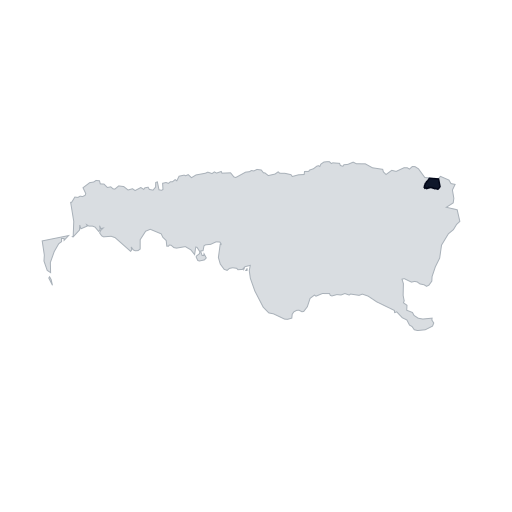 Susques, Jujuy, Argentina shown in context, rotated 79°
{"feature_id": "61730980B41665984357705", "entity_name": "Susques", "entity_type": "district", "adm_level": 2, "iso_a3": "ARG", "parent_name": "Argentina", "parent_adm1": "Jujuy", "projection": "robinson", "projection_center": [-66.504, -23.606], "detail": "fine", "context": "in_parent", "style": "filled", "palette": "ink", "viewbox_px": 512, "rotation_deg": 79, "n_neighbors": 0, "source": "geoboundaries", "source_scale": "gbopen_adm2", "svg_char_len": 5331}
<svg xmlns="http://www.w3.org/2000/svg" viewBox="0 0 512 512"><g transform="rotate(79 256 256)"><path d="M316.7,153.7L313.7,158.9L314.3,162.3L311.4,170.4L312.1,172.0L309.8,175.9L310.5,180.0L309.3,184.0L309.7,189.1L308.8,190.6L306.9,191.0L305.5,198.0L306.9,204.8L305.5,206.1L307.9,211.0L315.6,215.3L319.5,219.7L319.5,221.5L317.4,224.2L317.1,226.5L318.1,229.6L320.1,231.6L323.8,232.7L324.2,237.1L323.4,240.0L316.1,249.9L314.3,254.3L307.6,258.7L290.2,263.8L276.8,265.8L269.1,265.4L264.1,263.4L264.4,269.0L266.9,270.6L265.6,270.7L266.6,271.8L266.0,276.4L264.4,277.3L263.1,281.1L263.1,284.4L264.6,287.1L263.0,289.8L257.1,292.6L250.3,293.2L237.6,288.9L238.1,288.1L237.5,287.9L235.4,288.8L234.5,292.5L235.9,298.3L235.4,303.4L236.1,305.1L240.7,307.0L240.4,309.1L241.9,309.3L245.2,308.8L245.6,307.2L243.9,306.6L248.4,305.2L250.0,307.4L250.1,312.6L249.3,314.0L245.8,314.9L244.8,314.7L242.9,311.0L241.2,310.3L236.3,312.2L235.7,313.4L242.9,316.0L237.5,318.8L233.3,323.6L233.1,332.5L232.1,335.0L229.2,337.3L228.7,339.0L229.7,340.0L229.3,341.7L223.7,341.2L219.8,343.9L216.2,344.8L209.6,354.7L210.6,359.6L217.9,366.6L227.1,368.4L228.2,370.8L227.8,373.6L226.7,375.2L223.3,376.8L226.2,376.8L227.5,378.2L211.1,390.8L209.0,394.4L208.1,402.0L206.8,403.6L203.5,405.1L201.2,403.5L199.4,400.7L199.5,403.0L196.4,403.8L200.1,403.9L201.9,405.7L196.9,408.5L195.4,410.9L194.8,414.3L192.9,416.3L194.4,415.9L195.9,422.7L192.0,423.1L196.8,424.3L202.4,431.9L202.0,432.5L201.8,431.7L187.3,428.3L168.0,427.7L168.1,426.7L163.6,422.6L164.5,419.6L163.7,417.2L164.6,414.9L163.8,412.1L162.2,411.2L156.0,412.8L152.3,405.3L152.4,401.2L151.3,398.6L152.3,395.3L155.5,395.1L156.4,391.5L160.4,388.8L160.4,385.4L162.8,383.5L163.4,381.8L161.0,377.4L162.6,372.6L166.8,369.0L166.4,364.4L168.7,362.2L166.8,356.0L169.2,353.5L167.9,352.1L167.9,348.8L170.3,348.0L171.7,344.5L169.2,341.4L164.7,340.4L164.4,338.7L172.5,338.6L173.5,336.1L172.9,334.6L166.8,333.8L166.7,330.3L168.0,328.1L166.8,325.9L167.2,323.8L165.6,320.8L167.1,319.4L163.0,316.3L162.9,311.1L163.8,309.8L163.2,307.0L166.8,304.4L165.0,299.4L165.1,289.9L164.5,287.3L166.7,283.4L165.5,280.8L167.1,278.9L166.4,274.0L168.2,273.6L169.5,265.1L174.2,262.6L175.1,260.9L171.7,250.2L172.0,246.1L171.2,244.3L172.1,241.9L171.2,238.5L172.6,234.4L175.8,232.8L176.1,231.4L179.4,228.6L179.2,221.7L177.6,218.2L179.3,216.9L180.4,211.7L182.8,206.2L184.9,205.2L184.4,198.9L185.2,193.2L182.3,192.2L183.0,188.1L181.9,187.1L181.3,182.9L179.4,179.1L179.3,177.4L180.3,176.3L178.2,174.8L176.7,171.4L177.0,168.1L177.4,166.0L179.6,164.4L179.2,162.8L181.0,156.3L183.3,155.9L184.5,153.6L183.2,152.3L183.6,148.4L182.4,142.7L184.6,139.9L186.4,131.1L191.6,124.9L195.1,115.1L197.8,114.9L200.8,112.8L197.8,106.4L199.7,102.3L197.6,93.8L198.3,90.6L200.0,88.8L198.0,85.5L198.6,82.9L201.4,79.9L211.2,75.3L215.0,62.1L213.0,59.8L218.3,52.1L222.1,50.8L223.7,46.9L228.7,50.6L237.2,50.8L241.5,52.3L244.5,59.9L249.0,49.7L260.9,49.3L263.3,53.1L267.8,57.2L270.9,62.9L280.7,71.8L293.1,76.1L300.8,82.0L309.8,87.1L314.2,88.2L317.6,91.8L318.3,94.4L316.3,96.5L314.7,100.4L312.2,102.7L311.2,105.2L311.3,108.4L306.5,114.8L306.6,117.1L311.3,116.6L322.8,119.1L328.3,119.1L330.1,120.2L333.2,117.2L338.0,118.4L341.3,113.2L344.5,112.2L348.0,108.7L349.7,104.3L350.6,95.0L352.5,95.6L355.7,94.3L358.5,96.1L360.7,104.0L360.0,111.6L358.6,114.7L355.0,116.3L353.1,118.5L347.6,120.1L344.5,124.2L337.7,128.5L338.0,130.7L335.8,130.6L324.1,146.2L316.7,153.7ZM200.4,463.0L200.2,436.1L204.0,441.4L202.2,441.1L201.7,443.6L204.8,444.1L206.3,447.3L213.1,453.2L223.1,459.1L233.1,460.8L230.3,463.7L220.5,465.1L214.7,463.6L200.4,463.0ZM237.0,462.6L240.0,461.6L245.9,461.4L238.1,463.6L237.0,462.6ZM268.5,267.6L268.3,268.8L266.5,267.0L268.5,267.6Z" fill="#d9dde1" stroke="#a8b0b8" stroke-width="1"/><path d="M224.1,67.4L223.9,67.1L224.0,67.0L224.1,66.9L224.2,66.7L224.3,66.5L224.3,66.4L224.4,66.2L224.5,66.1L224.5,65.9L224.6,65.7L224.8,65.3L224.8,65.2L225.0,65.0L224.9,64.9L225.0,64.8L224.9,64.6L225.0,64.4L224.9,64.3L224.9,64.2L223.9,63.0L223.0,62.1L215.2,62.1L215.1,62.5L215.0,62.8L215.0,63.1L214.9,63.2L214.8,63.7L214.4,65.0L214.3,65.3L213.9,66.9L213.9,67.0L213.7,67.8L213.6,68.1L213.1,69.8L212.9,70.6L212.8,71.0L215.2,73.4L215.3,73.6L215.4,73.9L215.4,74.0L215.5,74.0L215.6,74.3L215.7,74.5L215.8,74.5L216.0,74.5L216.3,74.5L216.4,74.8L216.5,74.9L216.6,75.0L216.9,75.7L216.9,75.8L217.0,75.9L217.2,76.0L217.3,76.1L217.5,76.1L217.8,76.0L218.0,76.0L218.1,76.3L218.2,76.5L218.3,76.5L218.5,76.6L218.7,76.8L218.8,76.9L218.9,77.0L219.0,77.0L219.3,77.2L219.5,77.2L219.6,77.3L219.8,77.3L219.9,77.2L220.0,77.3L220.1,77.5L220.3,77.5L220.4,77.4L220.5,77.4L220.7,77.5L220.8,77.6L220.9,77.4L221.0,77.4L220.9,77.3L220.9,77.2L221.0,77.1L221.3,77.0L221.5,77.0L221.5,76.9L221.5,76.7L221.5,76.4L221.8,76.5L221.9,76.4L222.0,76.3L222.0,76.2L222.1,75.9L222.1,75.7L222.1,75.4L222.2,75.2L222.3,75.2L222.2,75.0L222.2,74.9L222.3,74.8L222.3,74.7L222.2,74.7L222.1,74.4L222.1,74.2L222.1,73.9L222.1,73.7L222.2,73.4L222.1,73.2L222.0,72.9L221.9,72.9L222.0,72.8L222.0,72.7L222.2,72.4L222.2,72.2L222.1,71.9L222.0,71.7L222.1,71.4L222.1,71.2L222.1,70.9L222.2,70.7L222.3,70.7L222.5,70.6L222.5,70.4L222.5,70.2L222.5,69.9L222.5,69.7L222.7,69.4L222.8,69.4L223.0,69.4L223.2,69.2L223.3,69.2L223.3,68.9L223.4,68.7L223.5,68.4L223.8,68.2L223.9,67.9L224.0,67.9L224.1,67.7L224.1,67.4Z" fill="#0f172a" stroke="#020617" stroke-width="1.5"/></g></svg>